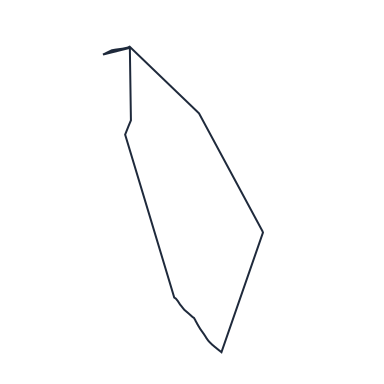 Esperance, Soufrière, Saint Lucia, rotated 340°
{"feature_id": "8701671B64891030149560", "entity_name": "Esperance", "entity_type": "district", "adm_level": 2, "iso_a3": "LCA", "parent_name": "Saint Lucia", "parent_adm1": "Soufrière", "projection": "equal_earth", "projection_center": [-61.054, 13.808], "detail": "fine", "context": "isolated", "style": "outline", "palette": "slate", "viewbox_px": 384, "rotation_deg": 340, "n_neighbors": 0, "source": "geoboundaries", "source_scale": "gbopen_adm2", "svg_char_len": 1166}
<svg xmlns="http://www.w3.org/2000/svg" viewBox="0 0 384 384"><g transform="rotate(340 192 192)"><path d="M148.8,115.2L143.9,202.5L139.9,273.2L139.4,281.8L139.2,285.1L140.4,286.7L141.4,289.7L142.3,293.7L142.9,295.3L143.8,298.1L144.3,299.5L144.5,300.1L146.9,304.3L149.8,309.7L150.8,311.0L151.0,312.2L151.3,313.8L151.3,314.4L151.4,315.2L151.6,316.0L151.7,316.8L151.8,317.8L152.0,318.5L152.1,319.4L152.2,320.0L152.4,320.8L152.5,321.5L152.7,322.4L152.8,323.2L153.1,324.1L153.3,325.0L153.5,325.7L153.7,326.5L154.0,327.4L154.1,328.0L154.4,328.9L154.6,329.7L154.8,330.6L155.0,331.4L155.2,332.3L155.4,333.2L155.5,334.0L155.8,334.8L155.9,335.5L156.2,336.4L156.4,337.2L156.7,337.9L157.0,338.7L157.3,339.3L157.6,340.0L158.0,340.8L158.3,341.4L158.7,342.3L159.1,343.0L159.5,343.6L159.8,344.2L160.1,344.7L160.4,345.3L160.9,346.0L161.4,346.9L161.7,347.4L162.1,348.1L162.4,348.6L162.7,349.0L163.0,349.6L163.4,350.2L163.8,350.8L164.2,351.5L164.6,352.1L164.9,352.6L244.8,254.4L244.8,252.8L225.5,120.5L183.1,34.1L182.1,34.2L180.9,34.3L175.9,33.6L168.6,32.0L165.1,31.4L155.4,32.4L182.9,35.3L159.1,103.8L155.2,108.0L148.8,115.2Z" fill="none" stroke="#1e293b" stroke-width="2"/></g></svg>